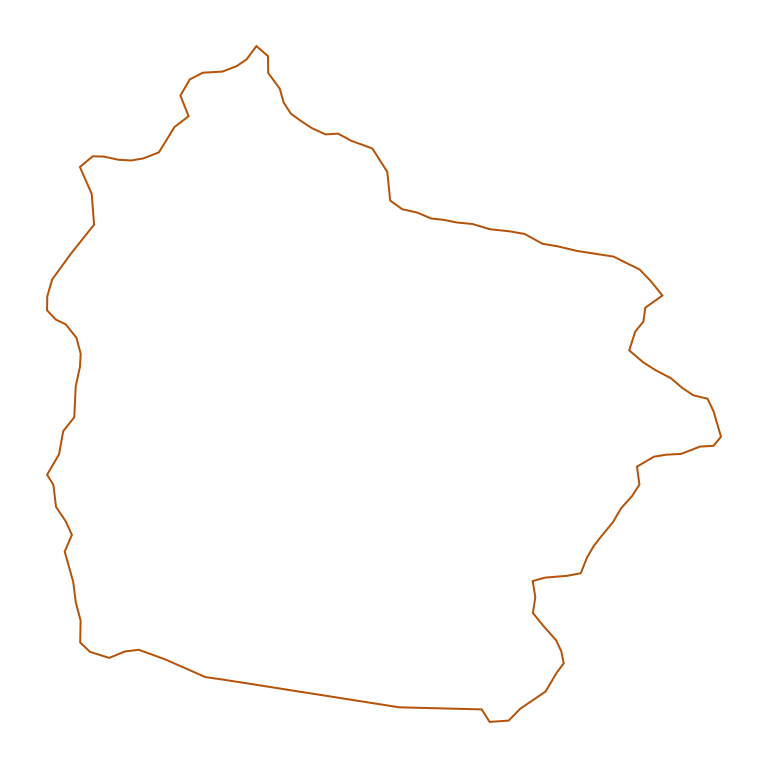 outline of Espírito Santo do Turvo, São Paulo, Brazil
{"feature_id": "56859067B99207241382744", "entity_name": "Espírito Santo do Turvo", "entity_type": "district", "adm_level": 2, "iso_a3": "BRA", "parent_name": "Brazil", "parent_adm1": "São Paulo", "projection": "albers", "projection_center": [-49.425, -22.663], "detail": "fine", "context": "isolated", "style": "outline", "palette": "amber", "viewbox_px": 768, "rotation_deg": 0, "n_neighbors": 0, "source": "geoboundaries", "source_scale": "gbopen_adm2", "svg_char_len": 1565}
<svg xmlns="http://www.w3.org/2000/svg" viewBox="0 0 768 768"><path d="M662.4,295.5L650.6,280.9L639.5,269.4L626.1,262.9L613.6,256.6L576.8,250.9L557.1,246.2L542.6,243.8L524.4,233.9L509.5,231.3L489.7,229.2L472.4,224.0L457.0,222.5L444.0,219.9L431.1,218.5L417.3,212.6L402.2,209.2L390.2,200.6L387.3,171.9L372.4,148.5L351.5,140.9L338.0,133.6L325.5,134.4L311.8,128.1L300.7,120.8L290.8,113.6L283.6,102.4L279.8,88.8L268.2,72.9L268.0,56.2L256.4,46.1L246.6,59.4L236.7,66.1L222.3,71.6L202.8,72.7L189.8,79.4L180.4,95.6L188.6,116.2L174.4,127.1L165.5,141.7L158.8,152.4L143.4,158.4L131.1,160.5L118.2,159.7L104.0,156.6L92.7,156.3L79.9,167.0L91.7,193.9L94.1,224.6L70.6,254.1L52.1,279.6L47.3,296.3L47.0,310.3L55.7,319.5L65.8,324.4L76.4,337.7L80.7,353.8L80.0,366.6L75.7,386.4L74.3,417.2L63.2,431.2L59.1,454.2L47.1,474.7L53.4,484.9L56.0,506.8L65.9,521.6L71.9,534.9L64.7,551.6L73.2,581.8L75.8,602.4L80.6,620.6L80.2,642.5L90.0,651.9L109.2,657.9L125.1,651.4L138.8,649.8L165.2,659.4L205.4,677.1L222.4,679.5L399.0,707.3L481.7,709.4L489.6,721.9L508.6,720.6L520.4,708.6L532.2,700.6L545.6,691.5L556.7,672.7L563.7,663.3L561.3,651.3L556.2,640.4L543.7,626.3L532.9,613.0L535.3,597.1L532.7,581.0L545.2,577.6L567.3,575.8L580.8,573.2L587.0,557.5L594.0,545.6L602.4,534.9L613.0,522.1L621.2,508.1L632.0,496.1L639.4,484.6L637.0,466.6L653.9,456.7L666.1,454.7L681.0,453.9L700.0,446.6L713.5,445.8L721.0,436.7L713.5,411.2L707.5,398.7L693.3,395.3L682.3,388.0L671.0,378.3L655.6,370.2L643.3,362.4L629.2,350.4L635.2,331.7L643.4,321.5L645.3,307.7L662.4,295.5Z" fill="none" stroke="#b45309" stroke-width="2"/></svg>